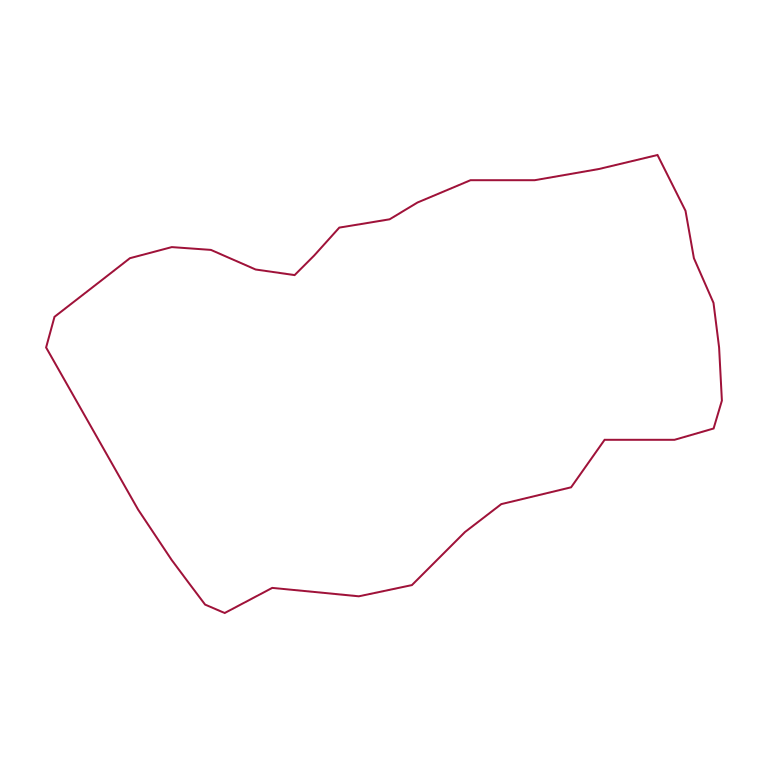 Sokcho-si, Gangwon, South Korea (Albers equal-area conic projection)
{"feature_id": "91817680B43621567480447", "entity_name": "Sokcho-si", "entity_type": "district", "adm_level": 2, "iso_a3": "KOR", "parent_name": "South Korea", "parent_adm1": "Gangwon", "projection": "albers", "projection_center": [128.524, 38.163], "detail": "fine", "context": "isolated", "style": "outline", "palette": "rose", "viewbox_px": 768, "rotation_deg": 0, "n_neighbors": 0, "source": "geoboundaries", "source_scale": "gbopen_adm2", "svg_char_len": 581}
<svg xmlns="http://www.w3.org/2000/svg" viewBox="0 0 768 768"><path d="M657.5,155.0L598.9,169.0L534.7,180.2L470.5,180.2L417.5,202.5L389.6,219.3L339.3,227.6L314.2,255.5L294.6,275.1L255.6,269.5L210.9,249.9L171.8,247.1L129.9,258.2L108.5,274.9L54.5,316.8L46.1,347.5L138.1,509.6L171.6,559.9L188.3,582.3L205.1,604.6L220.9,611.4L224.7,613.0L272.2,587.9L358.8,596.3L411.9,585.1L465.0,532.0L501.3,504.1L571.1,487.3L604.6,439.8L674.5,439.8L708.4,430.0L713.6,428.5L721.9,400.6L719.1,347.5L713.5,302.9L693.9,258.2L685.5,210.8L657.5,155.0Z" fill="none" stroke="#9f1239" stroke-width="2"/></svg>